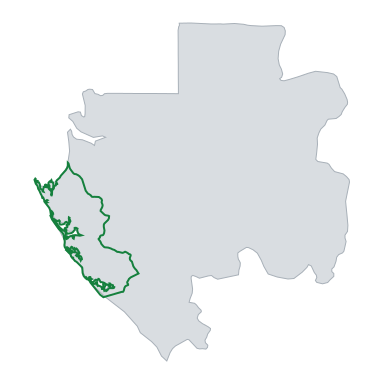 where Ogooué-Maritime sits in Gabon
{"feature_id": "GAB-2624", "entity_name": "Ogooué-Maritime", "entity_type": "Province", "adm_level": 1, "iso_a3": "GAB", "parent_name": "Gabon", "parent_adm1": "", "projection": "albers", "projection_center": [9.53, -1.509], "detail": "fine", "context": "in_parent", "style": "outline", "palette": "green", "viewbox_px": 384, "rotation_deg": 0, "n_neighbors": 0, "source": "natural_earth", "source_scale": "10m", "svg_char_len": 8906}
<svg xmlns="http://www.w3.org/2000/svg" viewBox="0 0 384 384"><path d="M285.3,30.9L285.1,34.7L280.7,44.0L278.7,51.1L278.1,58.7L279.3,64.9L281.4,69.2L282.7,74.0L281.6,77.3L279.6,78.7L281.0,80.4L284.1,80.8L289.5,79.4L297.7,76.9L308.5,73.2L315.6,71.3L327.4,72.6L333.6,74.0L336.8,76.6L340.2,87.6L341.9,89.2L344.7,93.9L347.1,99.5L347.6,102.3L347.3,104.4L344.9,107.4L342.2,111.8L341.2,114.5L339.0,116.5L336.1,118.5L328.3,119.2L327.1,120.4L324.9,125.1L320.8,129.1L318.9,132.9L317.2,138.0L317.5,144.2L316.6,153.3L315.8,159.4L317.8,161.5L327.2,163.1L329.0,164.3L331.4,168.1L334.6,171.6L343.2,173.9L346.5,176.6L349.1,179.6L349.5,182.1L347.5,191.9L345.6,201.3L346.3,208.5L347.0,215.3L347.9,225.3L347.5,231.4L345.0,235.1L345.0,238.0L346.1,241.5L343.9,251.2L342.5,252.9L338.7,254.6L336.7,257.2L336.0,261.3L334.0,266.9L331.8,269.0L331.8,271.6L333.8,273.5L333.8,276.4L330.0,279.9L327.7,282.5L322.6,283.8L316.8,282.4L315.4,280.5L316.8,277.5L316.3,275.1L314.3,272.5L311.3,266.0L308.5,264.6L307.0,267.3L302.2,272.2L293.9,278.5L288.0,279.0L277.2,277.0L268.2,274.0L263.9,266.5L261.3,260.3L257.4,253.2L253.1,249.8L248.5,247.6L246.4,247.4L239.8,251.4L237.8,253.0L237.8,256.3L238.4,259.4L239.4,260.9L240.3,262.9L240.1,266.1L238.9,270.2L238.5,274.8L217.7,279.2L214.1,277.6L211.5,275.5L208.4,275.9L199.4,278.2L196.1,276.6L192.8,275.4L191.3,276.4L191.1,278.3L192.6,289.1L192.2,293.2L190.1,298.6L189.1,302.3L194.6,303.3L196.5,305.0L198.5,307.7L201.1,310.2L201.3,311.8L198.3,314.6L197.2,318.1L198.7,320.8L202.4,323.6L207.9,326.6L210.5,328.5L210.3,330.3L207.7,334.0L206.7,337.2L205.0,340.1L205.4,342.7L207.8,345.2L207.5,347.4L205.9,349.1L202.5,348.7L199.6,348.9L197.0,348.3L188.9,339.7L187.2,339.4L175.4,346.0L172.5,348.7L170.1,352.6L166.8,361.0L161.5,356.1L156.9,347.1L151.6,341.6L140.3,332.7L137.3,326.2L124.4,311.8L105.8,297.4L92.4,284.9L90.4,282.1L92.7,282.4L105.6,288.7L107.4,288.0L108.9,286.6L103.3,283.3L97.9,280.7L92.9,279.1L87.9,279.3L85.1,276.6L83.3,272.6L82.3,269.2L80.1,265.6L73.0,258.1L71.3,255.3L67.4,251.4L69.8,250.9L77.4,254.6L78.1,253.1L77.4,250.9L69.7,247.4L65.6,247.1L64.6,244.6L65.2,241.8L59.7,231.0L54.0,222.9L53.1,219.1L68.5,236.6L70.5,236.9L73.2,236.8L79.6,234.8L78.4,232.4L75.5,229.9L72.7,231.1L69.1,231.3L67.2,230.3L66.4,228.5L70.0,219.9L68.4,220.4L67.3,221.9L65.3,222.6L62.2,223.0L54.6,218.5L47.9,206.1L46.2,203.6L44.4,199.3L42.6,197.6L34.9,180.0L37.9,181.3L41.4,186.4L48.2,185.3L50.8,182.4L53.2,182.5L55.5,181.8L58.5,179.1L67.2,167.0L69.6,151.1L68.8,141.6L67.5,132.2L70.4,129.2L71.6,131.2L72.1,134.5L73.5,137.0L76.6,139.2L82.4,139.8L91.3,143.3L94.5,145.5L95.4,141.1L105.6,137.3L102.5,135.9L93.4,137.4L80.9,131.8L76.7,128.2L72.8,121.4L68.8,117.9L69.1,114.7L78.1,111.8L80.4,112.1L81.4,115.6L83.8,117.0L84.7,116.6L85.1,113.6L85.2,105.5L82.4,94.0L83.3,91.8L85.7,91.0L87.9,89.5L89.5,89.2L92.5,89.5L94.1,92.2L94.9,93.6L98.0,94.3L100.5,95.7L102.7,95.4L104.5,93.7L107.1,93.4L115.3,93.4L122.8,93.4L137.6,93.5L152.4,93.5L167.2,93.6L178.4,93.7L178.4,87.1L178.3,77.0L178.3,65.0L178.2,53.5L178.2,42.9L178.1,30.3L178.7,26.7L179.5,25.2L179.2,23.2L190.7,23.0L211.5,24.0L220.6,23.9L223.1,24.1L234.5,23.5L243.7,24.3L247.6,25.2L251.1,25.6L262.1,26.2L276.5,25.6L281.4,25.7L284.1,27.5L285.3,30.9Z" fill="#d9dde1" stroke="#a8b0b8" stroke-width="1"/><path d="M103.4,297.2L100.2,294.8L90.6,282.8L89.4,280.7L90.4,281.5L91.9,283.1L93.1,283.8L94.4,283.9L95.1,283.4L96.8,281.5L96.3,283.5L96.4,284.1L96.9,283.9L97.2,283.4L97.4,285.4L97.8,286.0L98.7,285.6L101.0,286.6L101.8,287.8L102.0,289.0L102.4,289.0L102.7,288.2L103.5,288.6L103.6,288.3L103.9,288.2L104.1,290.2L104.3,290.8L105.1,290.2L106.1,290.1L105.9,290.9L106.1,291.1L107.2,290.4L107.6,290.0L108.4,288.6L109.2,288.3L110.4,288.1L112.1,288.2L113.5,288.1L114.0,287.8L114.3,287.1L112.9,286.4L113.0,285.3L110.6,284.3L109.9,283.4L109.5,283.4L110.6,287.1L109.8,287.0L109.2,286.2L108.5,285.8L107.9,284.7L106.0,284.1L105.8,284.3L105.8,285.2L105.1,286.1L104.6,287.1L103.2,286.4L103.4,285.8L103.1,284.7L103.2,284.1L103.7,283.9L104.9,283.8L105.0,283.4L104.4,282.9L103.0,282.4L101.5,282.1L100.6,282.2L99.2,279.3L98.7,278.9L98.4,278.9L98.3,279.5L97.2,280.0L95.8,279.7L94.5,280.7L93.3,281.9L92.0,282.2L91.0,281.4L90.6,280.8L90.5,280.2L91.8,279.1L91.3,278.8L90.5,278.5L90.5,277.3L90.2,277.0L89.7,277.0L89.1,277.2L89.0,277.6L89.7,278.8L89.9,279.7L89.4,280.3L88.5,280.0L86.3,277.3L85.3,276.6L87.5,279.6L86.3,278.8L84.8,277.4L83.6,275.8L82.6,272.9L82.3,267.9L81.9,267.1L76.5,261.8L75.0,261.0L73.4,259.0L72.6,258.4L73.0,257.6L71.8,257.3L71.1,256.4L70.4,254.3L68.1,252.1L67.8,251.5L67.0,251.0L66.5,250.2L65.9,249.9L66.0,249.4L66.4,249.1L66.6,249.3L67.1,250.3L68.0,251.0L69.3,251.4L70.4,251.3L70.0,251.7L70.7,252.0L71.1,251.7L71.5,250.6L71.8,250.6L72.2,251.7L71.7,252.0L71.5,252.6L71.7,252.9L72.3,252.3L72.2,252.1L75.0,252.1L76.5,252.4L77.3,253.3L77.2,254.4L76.0,255.4L77.0,256.4L78.8,256.7L79.0,258.4L80.1,259.1L80.7,260.5L81.0,259.8L81.9,259.3L81.8,258.4L81.4,257.3L81.0,256.5L80.4,256.5L79.9,255.8L78.5,254.9L78.2,254.3L78.9,253.4L79.4,253.0L79.3,252.6L77.5,249.6L76.5,248.6L76.0,249.1L74.8,248.3L74.6,249.4L74.8,250.6L73.8,249.7L72.4,247.2L71.5,246.8L71.1,247.2L70.6,248.7L70.0,248.9L69.7,249.3L69.6,250.6L68.8,249.9L67.8,249.8L68.4,248.7L68.3,248.1L67.0,247.2L65.8,248.0L65.0,247.7L64.6,246.6L64.4,245.0L64.7,242.9L64.7,240.7L64.0,238.3L64.0,236.0L63.1,233.8L61.9,232.1L58.8,229.0L52.0,219.4L50.5,215.9L50.2,214.8L50.9,216.3L51.5,217.9L52.2,218.8L53.2,220.0L54.1,219.9L54.9,220.3L55.6,220.9L56.2,222.7L57.4,224.0L57.7,225.0L59.8,227.7L63.5,230.6L65.5,231.4L66.0,238.1L66.4,239.0L67.0,238.7L67.2,238.1L66.7,237.4L66.8,237.0L67.3,236.8L67.7,237.0L68.1,237.9L68.9,237.0L70.2,236.2L71.7,235.8L73.0,235.7L72.7,236.5L72.6,237.4L72.9,238.2L73.7,238.7L74.1,236.8L74.1,235.9L73.7,235.3L75.4,235.1L79.9,235.7L81.6,235.3L79.3,234.4L78.5,233.8L77.8,232.7L77.3,230.7L77.2,229.5L77.5,228.6L76.0,227.8L75.0,227.8L74.6,228.0L74.8,229.1L74.8,229.7L73.0,232.0L71.7,232.9L70.3,233.3L67.4,233.7L67.0,233.4L66.7,233.0L66.6,232.2L66.3,231.4L66.3,229.9L66.0,229.6L64.7,229.3L64.6,228.5L65.1,227.9L65.9,227.6L66.8,227.5L67.3,227.1L67.4,226.4L67.2,225.6L66.6,225.2L66.6,224.9L68.9,224.5L69.3,223.9L69.5,222.9L70.4,221.3L70.2,220.4L69.2,218.5L69.6,217.9L69.4,217.7L68.9,217.4L68.8,218.5L69.2,221.3L69.1,221.9L68.7,222.4L68.1,222.8L67.6,223.0L67.1,222.8L66.6,222.1L66.3,221.9L65.4,222.2L64.4,223.7L63.8,224.1L61.2,224.6L60.3,224.5L59.7,223.7L59.5,222.6L59.8,221.1L59.1,220.3L58.0,220.9L57.6,221.2L56.9,221.1L54.2,219.2L52.8,218.5L52.3,217.6L52.1,216.5L52.5,215.5L52.1,214.8L53.2,214.0L52.9,212.8L52.0,211.5L51.0,210.7L51.6,212.3L51.1,214.3L50.8,214.2L50.2,210.3L49.3,207.9L43.9,201.0L45.3,202.3L46.1,202.7L46.9,202.5L46.1,202.1L46.9,200.8L47.6,200.3L47.0,200.0L45.4,201.1L44.4,200.8L43.3,197.7L42.8,198.0L42.4,198.0L41.6,195.4L40.8,194.0L39.4,190.8L38.2,188.8L37.5,185.9L35.8,183.8L34.5,179.8L35.3,178.6L35.7,179.0L35.2,180.1L35.8,180.6L37.5,180.9L37.2,181.7L37.5,182.4L38.7,182.3L39.5,183.6L40.0,185.5L40.2,187.8L40.5,188.6L41.1,189.2L41.8,189.5L42.3,189.8L42.6,191.4L43.5,191.7L43.0,190.7L43.1,189.8L43.8,187.0L44.5,186.9L46.5,187.2L46.5,186.8L45.4,186.2L45.0,185.6L45.0,184.9L45.4,184.6L45.9,184.6L47.2,185.3L47.8,186.0L48.2,186.9L48.8,188.9L50.7,190.7L51.4,191.7L51.4,192.8L51.0,194.7L51.4,195.4L51.7,195.4L52.0,194.4L52.1,191.1L52.4,190.1L53.7,188.7L54.0,187.8L53.9,186.5L54.7,185.9L55.8,185.4L56.0,184.8L56.0,183.8L56.6,183.5L57.3,184.9L57.2,183.7L56.1,181.9L56.6,180.5L59.8,177.6L60.8,175.7L65.7,170.3L67.0,168.2L67.8,165.9L67.8,162.7L68.5,163.4L69.7,167.9L70.2,169.0L73.0,172.8L73.8,173.6L74.5,174.0L76.1,174.2L77.9,175.1L79.6,176.3L82.1,179.3L85.7,190.7L87.9,193.6L89.1,194.2L90.5,195.1L91.1,195.7L91.4,196.3L91.8,196.7L92.9,196.9L94.4,196.8L98.8,197.0L99.5,197.4L101.4,198.9L102.0,200.3L101.6,202.2L102.5,204.6L102.6,205.7L102.1,207.4L100.7,210.0L100.6,211.0L104.5,214.7L105.0,215.0L105.7,215.3L108.3,215.7L109.1,216.1L108.9,218.3L108.1,219.9L104.3,223.6L103.8,224.8L103.8,226.9L104.5,230.5L104.1,233.1L103.6,234.2L103.2,234.9L102.7,235.2L101.1,235.4L100.6,235.8L100.0,236.4L99.9,237.5L98.6,238.9L98.7,239.4L99.4,240.2L100.5,241.8L101.4,244.0L103.3,246.2L104.3,247.1L104.8,247.3L108.2,247.6L110.9,248.5L112.6,249.4L114.3,249.9L117.3,251.9L118.4,251.9L122.2,252.8L122.8,252.8L123.9,252.4L124.9,251.8L125.4,251.8L127.7,253.0L128.8,254.0L129.9,254.3L130.5,254.7L130.7,255.3L130.6,255.8L129.9,257.6L129.8,258.2L130.0,259.6L130.8,260.7L131.9,261.6L133.4,266.4L134.9,268.6L136.3,270.0L138.5,273.5L130.7,277.4L128.9,279.0L128.3,280.3L127.3,281.9L127.2,282.5L127.3,283.0L128.1,284.2L128.1,285.0L127.8,285.2L126.5,285.6L125.5,286.2L125.0,286.8L124.4,288.0L123.9,290.3L123.2,291.7L122.7,291.9L121.6,291.9L103.4,297.2ZM51.0,182.0L52.9,182.4L53.4,184.3L53.2,186.6L53.2,188.3L51.5,189.3L50.7,189.3L49.9,188.7L49.4,188.0L49.5,185.7L49.3,185.3L48.5,184.5L48.4,183.9L48.5,182.8L49.1,182.0L49.7,181.4L50.9,180.7L51.4,180.1L51.6,180.7L51.7,181.1L51.4,181.4L51.0,181.6L51.0,182.0Z" fill="none" stroke="#15803d" stroke-width="2"/></svg>